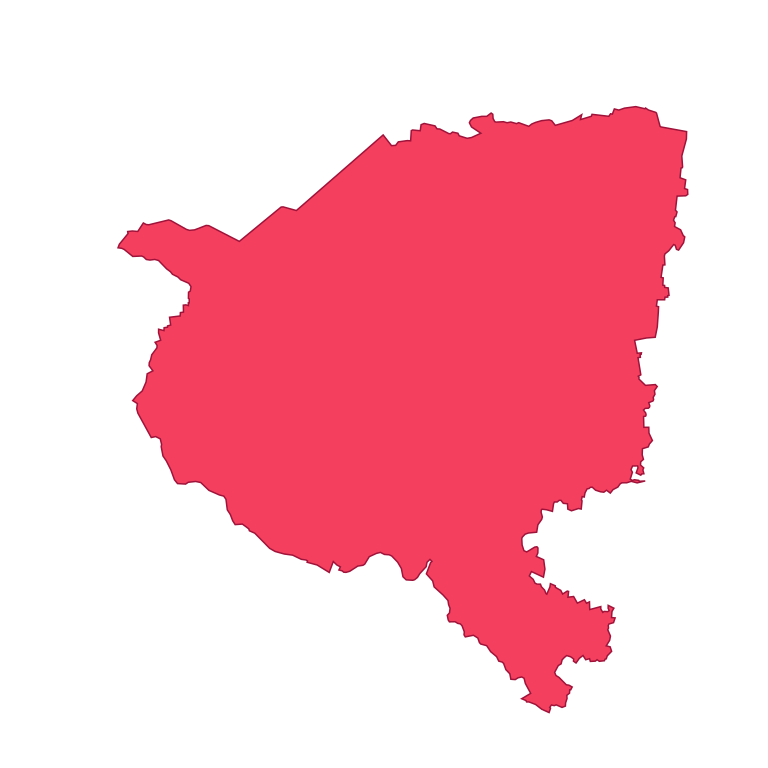 outline of Kamphaeng Saen, Nakhon Pathom, Thailand, rotated 7°
{"feature_id": "78962969B43600693402373", "entity_name": "Kamphaeng Saen", "entity_type": "district", "adm_level": 2, "iso_a3": "THA", "parent_name": "Thailand", "parent_adm1": "Nakhon Pathom", "projection": "albers", "projection_center": [99.979, 14.019], "detail": "fine", "context": "isolated", "style": "filled", "palette": "rose", "viewbox_px": 768, "rotation_deg": 7, "n_neighbors": 0, "source": "geoboundaries", "source_scale": "gbopen_adm2", "svg_char_len": 6149}
<svg xmlns="http://www.w3.org/2000/svg" viewBox="0 0 768 768"><g transform="rotate(7 384 384)"><path d="M352.6,577.7L355.3,566.4L359.3,569.4L363.0,570.8L361.9,574.1L365.4,574.6L366.9,575.7L369.2,575.6L372.8,574.1L380.2,567.9L385.2,566.5L386.8,565.2L390.4,557.2L397.2,553.0L401.0,551.6L405.2,553.1L410.0,552.9L412.7,553.8L419.3,559.2L423.7,565.0L426.3,573.0L429.9,575.7L436.5,575.3L438.3,574.5L440.8,571.9L442.6,567.9L448.1,560.2L448.4,555.7L451.0,552.5L453.2,554.2L452.0,555.7L449.2,567.3L456.3,573.5L458.5,579.3L468.3,586.2L473.9,591.1L475.0,595.1L476.9,598.6L476.9,603.2L475.0,605.9L476.5,610.4L477.9,612.1L483.6,611.3L486.3,612.6L489.0,612.8L490.9,614.4L493.9,620.2L494.0,623.2L495.5,625.1L503.4,622.5L508.1,624.7L510.2,629.0L511.7,630.3L517.8,631.2L522.5,636.7L529.0,640.9L531.7,645.1L535.2,645.6L536.8,646.8L539.8,652.7L544.2,656.3L545.9,661.6L550.3,661.4L552.8,659.3L556.4,658.0L558.9,659.0L560.8,664.0L567.3,673.2L559.0,679.6L563.5,680.9L564.3,682.2L566.7,681.9L573.5,683.6L580.2,687.6L587.9,690.0L588.8,685.5L587.9,684.9L589.3,682.2L592.1,682.5L594.0,681.5L600.1,683.3L603.3,681.6L603.1,678.4L604.0,673.9L603.4,670.7L605.8,668.3L605.6,664.9L606.6,664.8L607.7,661.8L604.3,660.4L601.6,660.3L593.5,653.9L590.2,652.4L588.5,649.4L591.3,642.2L593.9,640.2L594.4,636.1L596.3,633.5L598.4,631.3L602.5,632.0L605.8,633.8L605.8,636.0L608.6,637.5L611.3,632.5L614.6,629.2L617.8,633.1L621.5,631.6L622.6,634.2L627.6,633.3L629.1,631.7L631.5,633.0L636.5,631.8L636.9,630.2L638.1,629.7L638.7,626.6L642.5,621.6L640.5,617.3L636.5,616.8L639.2,610.9L639.5,606.6L636.0,600.6L636.6,598.8L636.0,596.3L636.5,594.8L640.9,592.9L641.9,588.0L638.3,588.1L638.0,582.0L639.5,578.5L633.5,576.4L633.8,579.3L635.1,581.5L633.8,582.7L630.2,582.9L629.0,584.0L626.6,580.9L626.3,578.5L615.7,582.8L614.5,575.2L611.7,576.9L609.2,573.7L602.6,577.9L598.1,571.8L592.6,573.2L592.5,567.4L591.1,567.2L586.9,570.7L584.6,567.3L579.7,565.3L578.7,564.6L578.6,563.4L573.5,561.9L573.4,565.3L571.2,572.8L570.3,572.3L568.5,569.0L564.9,566.0L563.7,563.6L560.3,564.0L558.1,563.2L555.9,559.7L551.6,556.8L553.2,552.2L565.8,556.3L566.3,548.1L563.9,539.0L556.2,536.6L557.3,533.0L556.8,528.0L555.6,526.9L553.5,527.5L546.1,533.3L543.2,532.4L540.7,527.0L539.6,520.7L539.9,519.2L542.3,515.9L545.5,514.3L553.6,512.5L553.9,505.0L557.0,499.2L557.4,496.7L555.5,492.0L555.6,489.6L556.1,489.0L560.6,489.0L566.7,489.9L566.9,482.1L567.5,480.3L570.3,480.0L572.1,478.1L573.8,477.9L576.5,480.6L580.7,480.5L581.7,485.8L585.5,487.0L592.2,483.9L595.0,484.1L594.8,475.8L594.1,475.1L594.4,471.6L596.5,471.8L596.8,467.5L598.4,463.3L600.2,462.8L601.4,461.4L603.2,461.0L606.9,463.6L612.0,464.6L615.4,464.6L617.8,462.3L621.9,464.7L624.2,460.9L628.7,457.8L630.5,454.4L632.1,453.1L636.9,452.5L641.2,450.5L647.3,451.3L655.1,448.4L649.4,449.4L648.6,448.6L644.2,448.5L642.4,449.4L640.0,448.5L641.3,441.3L639.6,438.9L640.7,435.1L645.7,434.4L646.3,436.2L645.1,441.5L650.0,443.2L650.7,441.9L652.9,441.4L651.4,437.7L652.0,435.6L648.5,433.2L648.3,429.9L650.7,427.2L648.9,422.8L648.4,416.7L654.0,414.2L654.7,411.3L657.3,407.4L653.0,400.5L652.1,394.7L647.2,395.3L645.6,384.6L647.6,384.0L647.9,382.8L647.3,380.9L644.7,378.2L646.2,376.4L649.4,375.8L650.3,374.7L650.5,373.3L649.0,370.3L653.1,368.0L653.5,366.5L652.8,364.5L654.2,361.2L653.2,357.6L655.5,353.2L653.4,351.5L643.7,353.5L636.4,348.0L636.3,346.3L635.4,345.3L637.8,343.6L632.9,326.9L635.2,326.3L634.6,323.7L635.6,323.3L635.7,321.7L631.6,322.6L627.4,310.1L639.0,306.3L647.5,304.6L648.3,294.0L647.5,278.8L647.1,273.8L644.9,273.5L645.0,267.1L652.3,266.2L652.3,263.6L655.0,263.2L654.8,261.7L656.1,261.3L654.4,254.0L650.8,253.9L650.5,252.0L648.7,251.9L648.2,244.6L646.0,244.4L646.3,232.0L648.3,231.5L646.7,222.8L647.0,220.6L650.4,217.1L654.5,210.3L656.1,210.8L657.9,214.7L660.1,215.2L664.1,207.3L664.6,201.3L662.9,200.2L659.6,194.8L653.2,192.3L653.3,188.5L651.4,186.1L652.2,182.5L653.2,182.3L653.9,177.5L652.1,175.9L652.0,161.8L660.6,160.4L662.4,158.8L661.6,154.0L658.5,153.4L658.6,144.6L652.7,143.2L652.5,133.5L653.8,132.9L653.9,132.0L651.8,121.4L654.3,103.9L653.6,96.6L627.6,95.1L626.6,94.6L621.5,82.0L620.7,81.3L613.0,79.8L610.0,78.2L609.5,79.0L600.1,78.0L589.0,80.9L583.7,83.5L579.1,82.9L577.8,88.3L575.9,88.2L574.5,90.9L557.6,91.0L557.2,93.0L546.8,97.6L547.4,92.6L538.8,99.5L522.5,106.4L518.4,102.3L515.7,101.7L508.3,103.4L502.7,105.8L499.0,107.9L496.3,110.6L485.8,108.2L483.8,109.4L477.9,108.5L474.3,109.7L470.6,109.1L463.3,110.4L461.9,110.1L459.9,107.1L459.1,103.0L457.3,102.0L453.4,105.8L448.5,106.4L440.1,109.1L437.7,111.9L436.9,114.3L439.5,118.2L449.6,123.3L440.8,128.7L436.6,130.0L428.4,128.5L426.8,126.1L421.3,125.6L419.4,127.5L417.9,127.6L408.3,124.1L405.5,124.3L403.2,121.6L392.1,120.5L389.2,122.1L389.1,128.2L381.4,128.4L380.2,129.2L380.8,139.4L377.4,139.6L368.7,141.9L366.5,145.7L362.4,146.5L352.8,136.9L275.9,222.5L262.3,220.5L260.3,220.9L223.0,260.1L190.8,248.2L188.1,248.3L177.2,254.1L172.2,255.2L169.0,254.6L152.8,247.9L150.3,247.4L131.2,254.6L128.6,254.7L125.5,253.5L121.0,262.6L115.6,262.8L111.0,263.9L111.6,265.9L104.3,277.5L103.4,281.2L107.2,281.3L109.7,282.1L119.1,288.0L127.9,286.5L130.0,287.2L132.9,289.4L136.6,289.5L141.3,288.3L145.2,288.9L154.2,296.2L158.4,298.6L160.7,300.9L166.4,302.9L169.5,305.3L177.9,307.8L180.6,310.9L180.4,315.4L178.8,316.7L179.4,322.8L180.3,323.3L180.8,327.2L179.9,327.3L180.3,330.0L177.7,329.6L175.2,330.2L176.2,337.1L173.2,337.9L173.4,341.3L163.0,343.9L165.1,351.5L162.1,352.7L162.2,354.0L158.9,354.9L159.1,357.8L153.6,357.1L154.0,360.7L157.0,367.8L151.7,370.5L154.1,373.4L154.2,375.8L149.9,383.3L149.4,388.4L148.4,391.4L148.6,394.5L153.0,399.1L147.7,402.7L147.6,411.0L144.9,420.3L139.9,425.9L136.6,431.1L141.6,433.5L141.6,438.8L143.3,443.0L159.5,465.5L163.8,464.0L168.6,465.7L170.6,471.0L170.5,473.4L173.4,482.4L177.2,486.7L182.9,495.2L187.7,504.6L191.2,508.0L199.3,507.5L201.7,505.4L208.9,503.7L214.1,504.1L223.2,510.9L234.1,514.2L238.6,514.8L241.2,517.7L243.8,528.0L247.4,532.3L250.5,538.2L253.4,541.7L260.5,540.3L267.4,544.2L268.3,546.1L273.9,547.8L290.6,561.1L296.4,563.5L305.8,564.9L314.2,565.0L323.3,568.1L328.0,568.2L329.6,568.8L329.4,570.3L339.7,571.8L352.6,577.7Z" fill="#f43f5e" stroke="#9f1239" stroke-width="1.5"/></g></svg>